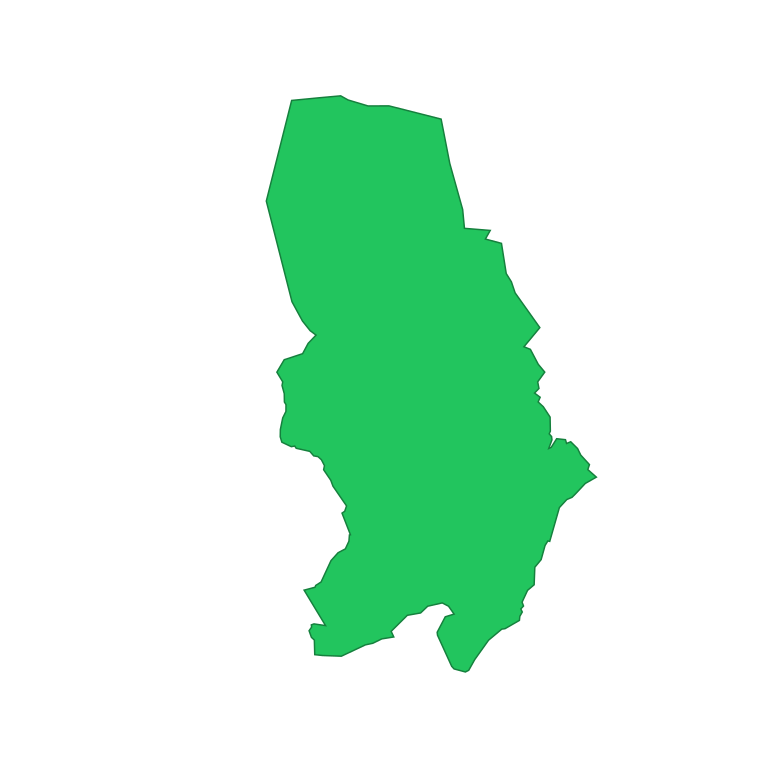 Firhouse-Bohernabreena Lea-5, South Dublin, Ireland (Mercator projection), rotated 158°
{"feature_id": "5873133B21460579019232", "entity_name": "Firhouse-Bohernabreena Lea-5", "entity_type": "district", "adm_level": 2, "iso_a3": "IRL", "parent_name": "Ireland", "parent_adm1": "South Dublin", "projection": "mercator", "projection_center": [-6.327, 53.236], "detail": "fine", "context": "isolated", "style": "filled", "palette": "green", "viewbox_px": 768, "rotation_deg": 158, "n_neighbors": 0, "source": "geoboundaries", "source_scale": "gbopen_adm2", "svg_char_len": 1810}
<svg xmlns="http://www.w3.org/2000/svg" viewBox="0 0 768 768"><g transform="rotate(158 384 384)"><path d="M247.6,210.4L234.6,216.4L222.0,218.1L227.1,228.3L223.7,232.3L228.2,244.4L228.7,251.7L232.5,260.5L237.0,260.5L236.6,264.4L244.4,268.6L252.7,262.6L255.4,262.5L249.2,269.3L248.3,272.5L249.5,275.9L247.4,278.0L242.4,291.1L244.8,303.2L247.8,309.6L244.2,313.2L247.8,319.2L242.0,321.8L240.7,328.4L230.5,334.8L233.6,344.5L235.3,361.3L240.3,366.1L218.4,377.9L228.3,419.4L227.6,431.0L229.3,440.6L222.4,470.4L235.7,480.4L228.0,486.6L251.1,498.2L245.7,516.3L240.4,563.8L231.8,608.2L275.2,640.0L294.7,647.8L310.9,660.8L316.2,667.4L336.7,673.6L363.4,681.5L424.6,597.7L438.5,494.7L436.0,472.9L432.5,461.1L428.7,454.8L439.1,450.1L448.1,442.6L467.4,443.9L478.9,435.1L477.1,423.9L479.1,420.8L480.1,412.4L483.1,404.6L482.6,401.6L485.2,395.3L490.6,390.5L497.1,380.7L500.0,373.9L500.5,368.3L493.4,360.6L490.0,359.9L489.5,357.3L478.0,349.3L476.1,343.7L472.4,341.4L470.4,337.2L469.8,330.6L472.1,327.1L469.4,314.7L469.6,308.4L464.4,285.0L468.1,280.7L471.3,280.0L471.6,256.8L472.6,257.0L475.4,251.4L481.6,245.6L489.7,244.8L499.3,240.1L516.5,224.0L522.8,222.8L524.1,221.4L535.3,222.8L528.7,181.9L538.8,187.8L541.6,187.9L542.2,185.7L545.9,183.3L546.2,176.3L544.5,172.7L549.6,159.0L542.7,155.3L525.5,147.6L499.0,149.1L491.5,147.8L481.5,148.5L469.7,145.8L470.0,152.0L449.0,160.8L435.8,158.0L426.7,161.6L412.0,159.2L407.4,153.8L405.2,144.4L414.4,145.2L427.7,133.9L428.5,131.0L427.0,96.9L425.8,93.6L416.4,86.5L412.7,86.8L403.1,94.5L383.0,107.3L366.6,112.6L363.4,111.8L347.0,114.1L345.1,117.7L341.2,120.8L341.4,124.2L337.8,125.9L337.7,130.0L328.2,138.9L320.0,141.6L312.8,157.6L304.1,162.3L295.2,173.9L290.9,177.1L289.3,176.0L267.7,203.7L257.8,208.4L252.1,208.5L247.6,210.4Z" fill="#22c55e" stroke="#15803d" stroke-width="1.5"/></g></svg>